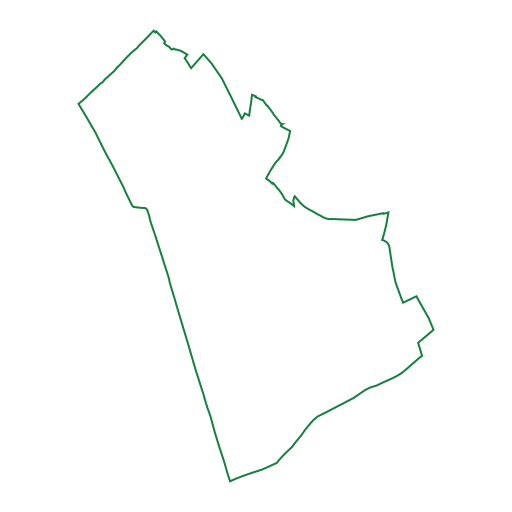 outline of Rafah, Gaza Strip, Palestine
{"feature_id": "87354302B11532502248212", "entity_name": "Rafah", "entity_type": "district", "adm_level": 2, "iso_a3": "PSE", "parent_name": "Palestine", "parent_adm1": "Gaza Strip", "projection": "robinson", "projection_center": [34.269, 31.284], "detail": "fine", "context": "isolated", "style": "outline", "palette": "green", "viewbox_px": 512, "rotation_deg": 0, "n_neighbors": 0, "source": "geoboundaries", "source_scale": "gbopen_adm2", "svg_char_len": 5784}
<svg xmlns="http://www.w3.org/2000/svg" viewBox="0 0 512 512"><path d="M160.5,35.7L159.9,35.1L159.0,34.2L158.2,33.4L157.5,32.6L156.4,31.5L156.3,31.4L155.9,31.9L155.5,32.3L155.3,32.5L153.7,30.7L150.3,34.1L146.4,38.3L140.5,44.1L138.5,46.2L137.2,47.9L134.9,49.8L132.9,51.3L130.9,53.2L125.8,58.3L122.9,61.6L119.1,65.6L116.7,67.8L115.6,69.3L114.0,71.3L111.8,73.2L109.6,75.1L107.3,77.3L105.3,78.9L104.2,80.2L103.3,81.4L102.2,82.5L101.1,83.2L99.9,84.0L97.0,86.9L92.9,90.6L89.4,93.9L86.0,97.4L82.5,100.7L81.7,101.2L80.4,102.3L78.5,103.9L86.0,116.3L95.4,132.5L104.4,150.7L106.7,154.9L107.0,155.6L112.8,166.2L123.5,187.3L125.6,192.2L132.3,205.9L133.6,207.0L140.8,207.8L144.7,208.0L145.3,208.2L145.8,208.3L147.2,209.9L148.9,214.8L150.5,221.6L155.1,235.1L156.5,239.5L156.6,239.8L156.9,240.8L158.9,247.0L159.0,247.2L159.1,247.7L162.2,257.1L163.1,260.1L163.4,261.1L164.7,265.2L164.9,265.8L165.2,266.7L166.6,271.0L166.9,271.8L167.2,272.9L169.1,278.9L169.6,282.2L170.0,283.3L170.1,283.6L170.3,284.4L170.4,284.8L175.5,301.7L175.6,302.0L175.9,303.3L180.6,319.1L188.2,344.4L192.6,359.5L195.4,369.2L199.3,381.3L199.5,382.1L203.4,394.0L204.7,399.0L207.4,407.8L210.3,415.7L215.2,433.7L219.4,447.3L224.2,461.9L227.2,472.5L229.3,478.9L230.1,481.3L236.7,478.3L246.2,474.8L252.9,472.5L261.5,469.8L267.4,467.2L274.6,463.9L276.7,463.0L280.6,458.2L285.7,452.9L291.7,447.3L295.2,442.7L301.3,435.3L305.7,429.0L311.3,422.3L313.6,419.9L317.6,416.5L327.8,411.4L353.5,398.0L365.2,390.0L370.0,387.6L377.0,385.4L383.1,382.4L389.0,379.8L393.3,377.8L396.3,376.3L401.9,372.9L408.1,367.7L412.0,364.2L415.2,361.5L418.8,358.3L422.1,355.9L418.4,343.7L418.1,342.8L418.3,342.7L433.5,329.8L428.8,318.4L416.4,296.3L404.1,302.2L403.1,302.7L402.7,301.7L401.3,298.3L400.3,295.5L398.3,290.1L396.6,285.4L395.9,283.3L395.7,282.7L395.5,282.1L395.3,281.3L395.2,280.9L394.0,274.9L393.3,271.2L392.9,269.6L392.6,268.2L392.4,266.9L392.2,265.6L391.5,261.3L391.4,260.4L391.2,259.4L391.1,258.5L390.9,257.5L390.2,252.5L389.8,249.9L389.6,248.9L389.5,247.7L389.4,247.2L389.3,246.7L389.2,246.3L389.1,246.1L389.0,245.5L388.7,245.1L388.5,244.7L388.3,244.3L388.1,243.9L387.8,243.5L387.5,243.1L387.2,242.8L386.9,242.5L386.6,242.2L386.2,241.9L385.8,241.6L385.5,241.4L385.1,241.2L384.7,241.0L384.4,240.8L384.1,240.6L383.7,240.5L383.3,240.3L382.7,240.1L382.2,240.0L383.0,237.4L383.7,234.9L384.4,232.4L385.0,230.0L385.6,227.5L386.2,225.0L386.8,222.0L387.3,218.9L387.8,215.9L388.3,212.9L388.4,212.5L387.8,212.7L386.6,213.0L385.5,213.3L383.4,213.8L383.1,213.2L367.8,216.3L363.5,217.6L363.2,217.7L355.8,219.9L355.1,219.9L352.8,219.8L350.5,219.7L348.7,219.7L347.0,219.6L345.2,219.5L343.5,219.4L340.8,219.4L338.8,219.3L337.3,219.2L332.0,219.0L331.4,219.0L330.8,219.2L330.1,219.1L329.4,219.1L328.5,218.9L327.8,218.8L327.0,218.7L326.3,218.5L325.7,218.3L325.3,218.2L324.9,218.0L324.5,217.9L324.1,217.7L323.4,217.3L322.8,217.1L322.5,216.9L321.6,216.3L320.3,215.6L319.2,215.0L318.3,214.6L317.5,214.2L316.5,213.6L315.5,213.0L314.5,212.5L314.3,212.4L313.8,212.1L312.5,211.3L309.8,209.9L307.4,208.5L306.5,208.0L305.8,207.5L305.1,207.1L304.4,206.6L304.1,206.3L303.4,205.7L302.7,205.1L301.9,204.3L301.1,203.6L300.3,202.8L299.6,202.0L298.9,201.2L298.3,200.4L296.0,197.7L294.8,196.3L294.7,196.4L294.5,196.5L294.4,196.7L294.3,196.8L294.3,197.0L294.0,198.1L293.7,199.2L293.6,199.5L293.4,200.0L293.3,200.5L293.3,201.0L293.3,201.3L293.5,202.3L293.7,203.1L293.8,203.9L294.0,204.7L294.0,205.1L294.0,205.5L294.0,206.0L293.9,205.9L292.6,204.9L291.6,204.2L290.1,203.0L287.7,201.5L284.9,199.4L284.2,198.1L283.6,197.1L282.6,195.2L281.5,193.5L281.1,192.9L279.1,190.1L273.0,183.0L272.3,183.7L270.9,182.2L270.2,181.6L269.9,181.3L269.7,181.0L269.4,180.9L269.1,180.7L268.9,180.5L268.1,180.0L268.1,179.8L267.8,179.7L267.5,179.6L267.2,179.4L266.9,179.3L266.7,179.1L266.1,178.5L267.7,175.4L269.2,172.8L270.4,170.6L270.7,170.1L271.6,168.7L271.9,168.3L272.5,167.4L274.0,164.9L274.3,164.5L274.4,164.3L274.8,163.7L275.0,163.4L275.2,163.1L275.8,162.4L276.2,162.0L276.7,161.4L278.2,159.7L279.9,157.8L279.9,157.7L279.8,157.4L280.1,157.2L280.5,156.7L281.0,156.1L281.4,155.5L281.9,154.8L282.2,154.4L282.5,153.9L282.7,153.5L283.0,153.1L283.2,152.6L284.1,150.6L284.6,149.2L286.0,145.5L286.4,144.4L287.7,140.9L288.0,140.0L288.3,139.0L288.6,138.1L288.8,137.2L289.2,135.4L289.4,134.5L289.6,133.6L290.1,131.0L287.8,129.8L284.5,128.1L281.5,126.6L280.8,125.8L282.2,124.4L282.5,124.2L281.9,124.2L281.6,124.1L281.2,124.0L281.0,123.8L280.6,123.3L280.2,122.9L279.5,122.0L278.9,121.0L278.2,120.1L277.6,119.5L277.2,118.9L276.5,117.9L275.7,117.0L274.8,115.9L274.2,115.1L272.6,112.7L271.0,110.4L268.0,106.5L267.5,105.7L267.4,105.6L267.2,105.6L266.9,105.6L266.7,105.6L265.1,103.3L264.2,102.0L263.7,101.3L263.2,100.5L263.1,100.4L262.9,100.2L262.6,100.1L262.1,99.9L261.8,99.8L261.4,99.7L261.1,99.7L260.9,99.6L255.4,96.9L255.7,96.3L252.0,94.8L251.8,96.6L251.5,98.7L251.3,100.8L251.0,102.9L250.7,104.9L249.6,112.0L249.6,112.6L249.4,113.8L249.3,115.0L249.2,115.6L244.8,113.4L244.0,115.2L242.2,118.4L241.7,118.8L241.4,118.0L230.4,95.5L221.8,78.4L211.7,63.6L203.4,54.2L191.1,68.2L187.4,62.2L184.6,58.1L185.4,57.2L186.3,56.0L186.7,55.4L187.3,54.6L184.1,52.7L181.7,51.3L179.8,50.5L178.2,50.0L177.9,49.9L177.6,49.8L177.2,49.7L176.9,49.7L176.2,49.6L175.5,49.5L175.3,49.5L175.2,49.5L175.0,49.4L174.9,49.4L174.7,49.3L174.6,49.1L174.4,48.9L174.2,48.8L173.7,48.6L173.5,48.8L173.2,49.0L172.9,49.2L172.7,49.2L172.3,49.4L172.0,49.4L171.8,49.5L171.5,49.5L170.8,48.6L169.8,47.6L169.5,47.3L169.2,47.0L169.0,46.8L168.8,46.6L168.6,46.5L167.6,46.0L167.1,45.7L166.4,45.3L166.2,45.2L165.9,45.0L165.7,44.8L165.6,44.7L164.6,43.7L164.4,43.6L164.2,43.4L164.1,43.2L164.2,42.9L164.3,42.8L164.8,42.2L165.1,41.6L164.1,40.2L162.5,38.3L162.2,37.9L161.9,37.6L161.6,37.1L161.0,36.3L160.8,36.0L160.5,35.7Z" fill="none" stroke="#15803d" stroke-width="2"/></svg>